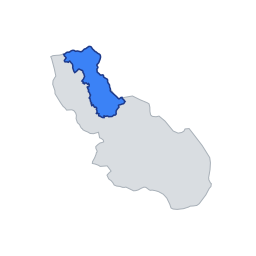 Slovakia, with Košický highlighted, rotated 234°
{"feature_id": "SVK-1057", "entity_name": "Košický", "entity_type": "Region", "adm_level": 1, "iso_a3": "SVK", "parent_name": "Slovakia", "parent_adm1": "", "projection": "orthographic", "projection_center": [21.122, 48.674], "detail": "fine", "context": "in_parent", "style": "filled", "palette": "blue", "viewbox_px": 256, "rotation_deg": 234, "n_neighbors": 0, "source": "natural_earth", "source_scale": "10m", "svg_char_len": 6577}
<svg xmlns="http://www.w3.org/2000/svg" viewBox="0 0 256 256"><g transform="rotate(234 128 128)"><path d="M231.1,107.4L230.7,109.7L229.2,112.3L227.4,115.1L225.9,118.4L224.0,125.5L222.7,128.8L217.3,135.3L217.0,144.3L216.2,145.0L203.7,148.1L202.0,147.7L200.3,145.9L199.3,144.7L198.8,143.7L197.6,141.3L196.2,139.5L194.1,138.1L192.1,136.4L189.6,136.4L182.8,138.7L178.1,139.0L175.0,138.2L170.8,136.8L162.7,136.5L157.1,137.8L156.6,139.5L151.3,150.4L143.7,154.4L137.1,158.4L135.2,159.2L132.0,157.9L128.4,155.4L125.3,154.0L123.1,154.5L120.6,157.3L119.4,160.1L111.9,162.0L99.0,162.8L94.4,165.5L92.8,168.8L92.6,171.4L93.7,173.6L92.2,176.1L91.6,177.1L82.4,177.4L70.2,177.7L62.9,177.2L56.0,176.7L51.5,174.3L46.0,169.8L40.2,163.8L39.7,163.7L38.8,163.0L35.1,162.4L34.0,162.7L31.9,160.7L31.4,158.3L28.2,151.8L24.9,141.2L24.9,138.2L26.6,134.9L28.2,132.4L28.5,130.3L28.7,129.8L30.1,125.5L33.2,120.0L36.0,116.8L38.0,115.8L41.8,117.0L48.5,118.2L53.7,117.6L58.6,115.3L61.3,113.2L63.6,111.0L64.4,109.5L65.5,108.8L69.5,107.6L70.8,106.1L71.5,103.1L71.9,99.8L72.8,97.4L73.9,95.6L81.4,91.6L82.1,90.1L83.3,88.6L85.5,87.1L87.7,84.7L90.0,83.3L92.8,83.6L95.4,83.4L97.5,82.6L98.4,82.5L102.2,83.3L102.8,86.1L103.1,89.0L109.6,88.9L113.3,82.9L115.2,82.2L118.2,80.2L120.3,78.3L121.6,79.5L123.5,83.5L125.5,86.7L126.7,88.0L126.8,89.0L128.0,89.6L130.3,90.0L131.9,91.0L132.3,93.9L132.3,96.6L131.5,98.5L131.1,100.2L132.7,100.9L135.1,100.3L136.8,99.3L141.9,101.6L143.7,96.7L145.8,94.2L148.4,93.1L150.8,91.6L153.0,90.5L154.5,90.6L155.1,90.2L157.0,90.3L159.1,90.8L162.0,90.2L166.1,91.5L168.6,93.7L171.0,94.5L173.9,94.4L175.8,93.2L178.6,88.8L180.6,88.9L183.8,88.2L188.3,88.3L198.6,89.1L201.2,90.8L207.6,92.8L210.4,95.2L211.7,98.1L212.4,100.1L219.0,103.1L228.8,106.9L231.1,107.4Z" fill="#d9dde1" stroke="#a8b0b8" stroke-width="1"/><path d="M225.3,119.3L225.2,119.4L225.0,120.0L225.0,120.5L225.1,120.9L225.2,122.8L225.1,123.2L224.8,123.8L224.5,124.2L224.2,124.5L223.9,124.9L223.8,125.6L223.9,126.8L223.7,128.0L223.3,129.0L222.7,129.8L222.2,130.1L221.3,130.4L220.8,130.7L220.6,131.1L220.2,132.0L220.0,132.4L217.6,134.4L217.1,135.3L217.0,136.4L217.5,138.6L217.4,139.5L217.0,140.4L217.0,144.3L216.3,145.2L215.7,145.7L215.0,145.9L212.8,145.7L212.2,145.8L211.5,146.0L209.6,146.2L209.1,146.4L208.0,147.0L206.4,147.3L204.5,148.3L203.4,148.4L202.3,148.0L201.3,147.3L200.4,146.3L198.3,143.1L198.0,142.6L197.6,140.3L197.2,139.7L196.6,139.5L195.3,139.5L194.7,139.3L194.4,138.9L194.1,137.8L193.9,137.4L193.5,137.1L192.9,136.8L191.7,136.1L191.1,135.9L189.2,136.5L188.0,136.6L187.4,136.7L186.7,137.1L186.4,137.6L186.2,138.2L185.8,138.8L185.2,139.1L184.8,139.0L184.3,138.6L183.7,138.3L182.5,138.6L179.7,139.9L178.7,139.7L178.0,139.0L177.0,138.5L175.9,138.3L175.0,138.4L173.7,138.3L171.7,137.1L170.6,136.9L170.1,136.8L169.0,135.8L168.4,135.5L167.8,135.5L160.1,137.2L157.9,137.4L156.8,137.8L156.8,138.2L156.7,138.7L156.8,139.6L156.8,139.8L156.8,140.0L156.8,140.4L156.3,141.1L156.2,141.2L155.6,140.7L154.8,140.7L154.5,140.8L153.9,141.2L153.6,141.2L153.0,141.1L151.5,141.2L151.3,141.2L151.4,140.9L151.5,140.8L151.4,140.7L150.7,140.3L150.6,140.1L150.5,139.9L150.5,139.6L150.5,139.3L150.4,139.1L150.3,138.9L150.3,138.6L150.4,138.3L150.5,138.0L150.6,137.8L150.8,137.5L150.9,137.2L151.2,135.9L151.3,135.6L151.4,135.4L151.5,135.2L151.7,134.8L151.9,134.1L152.0,133.7L151.9,133.6L151.6,133.4L151.3,133.3L151.1,133.2L150.7,133.2L150.2,132.9L150.0,132.7L150.0,132.4L150.0,132.2L149.8,131.2L149.1,129.0L148.9,128.6L147.0,127.0L146.5,126.9L146.3,126.6L146.1,126.3L146.0,125.6L146.0,125.3L146.0,125.1L146.1,124.9L146.4,124.6L146.6,124.4L146.8,124.1L146.8,123.8L146.7,123.3L146.7,122.9L146.7,122.3L146.7,122.2L146.7,121.8L146.9,121.5L148.6,118.9L149.4,118.7L150.0,118.2L150.4,117.1L150.6,116.7L150.8,116.5L151.9,115.8L151.4,115.2L150.9,115.0L150.5,114.9L150.4,114.8L150.4,114.7L150.9,114.3L151.3,113.7L151.5,113.5L152.0,113.2L153.6,112.5L153.8,112.3L153.9,112.2L154.0,112.2L154.1,112.3L154.2,112.2L154.4,112.2L154.9,111.6L155.1,111.5L155.3,111.7L155.6,111.8L156.4,112.4L156.9,113.2L157.1,113.3L157.0,113.2L156.9,113.0L156.8,112.7L156.9,112.4L157.8,112.2L157.7,111.7L157.8,111.5L157.9,111.3L158.2,111.0L158.3,111.0L158.5,111.0L158.5,111.6L158.7,111.9L159.7,112.7L160.5,113.2L161.3,113.3L161.6,113.3L161.8,113.4L161.8,113.6L162.3,114.3L162.5,114.4L162.9,114.4L163.4,114.4L163.7,114.2L163.9,114.1L164.0,114.0L164.2,113.8L164.2,113.7L164.1,113.4L164.3,113.2L164.5,113.1L165.2,113.1L167.4,113.5L167.5,113.4L167.4,113.1L167.3,112.9L167.3,112.6L167.3,112.4L167.2,112.1L167.3,111.8L167.8,111.9L168.6,112.3L169.2,112.4L169.4,112.5L169.3,112.8L169.4,113.1L169.8,113.3L170.0,113.3L171.3,113.1L172.1,113.7L172.8,113.8L173.8,114.5L174.0,114.5L174.1,114.4L174.4,114.3L174.9,114.2L175.1,114.2L175.2,114.3L175.3,114.6L175.3,114.9L175.3,115.0L175.4,115.3L175.6,115.5L176.2,116.1L176.3,116.2L176.3,116.3L176.3,116.5L176.6,116.9L176.7,117.1L176.9,117.1L177.0,117.1L177.6,117.0L179.0,117.5L179.7,117.6L179.9,117.6L180.5,117.3L180.8,117.4L180.9,117.5L181.1,117.6L181.3,117.7L181.4,117.8L181.5,118.1L181.7,118.3L182.0,118.6L183.0,118.5L183.5,118.7L183.9,118.7L184.1,118.8L184.4,119.0L184.5,119.1L185.0,119.0L185.2,119.3L185.1,119.5L184.9,119.7L184.8,119.8L184.6,120.2L184.5,120.3L184.5,120.5L184.9,121.3L185.6,121.9L185.9,122.1L186.4,122.2L186.9,122.1L187.0,122.1L186.9,121.9L186.7,121.7L186.7,121.4L186.8,121.2L187.0,121.1L187.7,121.0L187.8,121.0L188.3,120.8L188.9,120.8L189.0,120.7L189.3,120.3L189.4,119.9L189.5,119.2L189.5,118.9L189.3,118.7L189.5,118.5L189.9,118.4L190.0,118.4L190.4,118.6L190.6,118.8L190.7,118.7L190.8,118.5L190.8,118.1L191.0,118.0L191.1,118.4L191.3,118.6L191.7,118.8L192.0,118.9L192.3,118.8L192.5,118.7L193.1,118.3L193.5,119.4L193.5,119.7L193.6,120.2L193.7,120.6L193.9,121.0L194.1,121.2L195.1,123.1L197.4,124.0L198.4,124.2L199.0,124.2L199.3,124.2L199.6,124.3L200.2,124.8L200.6,124.9L201.0,124.9L201.3,124.9L201.5,124.8L201.6,124.7L201.8,124.6L201.8,124.4L202.1,124.2L202.9,124.0L203.5,123.5L204.2,123.3L204.4,123.1L204.5,123.0L204.6,122.7L204.7,122.4L204.7,122.2L204.4,121.5L204.4,121.4L204.4,121.2L204.4,120.9L204.2,120.2L204.2,119.3L204.1,119.1L204.1,118.9L204.1,117.5L205.5,117.5L209.0,118.6L209.5,118.9L209.7,119.0L209.8,119.1L210.0,119.4L211.6,120.3L212.4,120.5L213.1,120.5L214.2,120.3L216.2,120.3L216.4,120.2L216.5,120.0L216.5,119.8L216.4,119.2L216.2,118.7L216.2,118.3L216.3,118.2L217.2,117.8L218.5,115.9L219.5,115.9L220.1,116.2L220.2,116.4L220.3,116.6L220.3,116.8L220.3,117.1L220.9,118.4L220.9,118.8L221.0,119.1L221.3,119.2L222.5,119.2L223.4,118.9L223.6,118.9L225.3,119.3L225.3,119.3Z" fill="#3b82f6" stroke="#1e3a8a" stroke-width="1.5"/></g></svg>